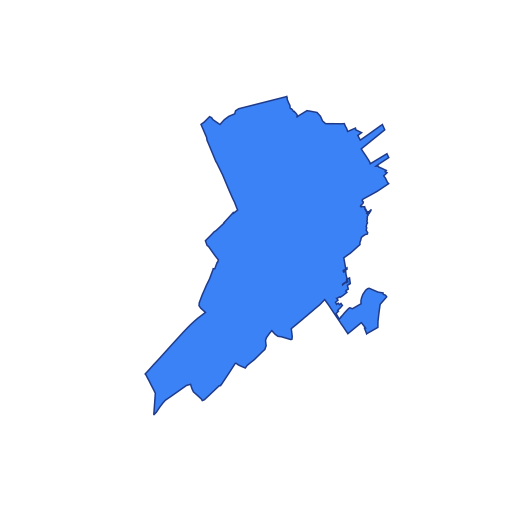 Limbaži, Limbaži, Latvia, rotated 138°
{"feature_id": "27541924B93215456258482", "entity_name": "Limbaži", "entity_type": "district", "adm_level": 2, "iso_a3": "LVA", "parent_name": "Latvia", "parent_adm1": "Limbaži", "projection": "equal_earth", "projection_center": [24.717, 57.51], "detail": "fine", "context": "isolated", "style": "filled", "palette": "blue", "viewbox_px": 512, "rotation_deg": 138, "n_neighbors": 0, "source": "geoboundaries", "source_scale": "gbopen_adm2", "svg_char_len": 5861}
<svg xmlns="http://www.w3.org/2000/svg" viewBox="0 0 512 512"><g transform="rotate(138 256 256)"><path d="M298.2,189.4L294.2,190.0L294.2,185.2L294.0,184.2L293.7,182.9L293.5,181.7L291.1,178.9L290.4,177.7L286.0,170.5L284.9,170.1L282.8,172.1L282.2,173.0L280.7,175.1L280.3,175.7L278.4,178.4L275.8,178.3L273.7,178.2L271.8,178.1L266.0,177.9L263.9,177.8L261.5,177.8L259.6,177.7L257.6,177.6L255.7,177.6L253.3,177.5L250.2,177.4L248.0,177.4L243.6,177.2L241.5,177.1L240.2,177.2L239.6,177.2L237.6,177.4L234.1,177.6L234.9,170.5L236.4,160.5L237.7,151.0L238.1,148.9L238.5,145.2L239.4,139.1L239.6,137.3L239.7,136.8L238.2,136.8L238.1,136.7L222.3,136.0L222.3,135.4L222.8,129.2L223.7,129.7L224.2,128.4L224.4,127.9L225.5,125.0L225.9,124.1L225.6,124.1L224.6,123.9L213.2,121.4L209.0,125.9L201.6,132.4L196.1,137.0L186.2,138.2L186.0,139.9L186.1,140.5L187.0,142.2L186.8,143.0L186.5,143.4L186.3,143.6L189.4,147.4L192.9,155.0L193.5,156.3L194.8,157.0L197.4,157.2L202.2,156.0L205.5,154.3L207.9,152.6L209.4,150.9L209.8,150.2L219.6,152.3L221.0,154.8L222.4,155.0L228.4,154.5L231.6,154.0L233.7,153.9L233.8,153.6L236.2,153.4L235.7,156.7L235.0,159.7L233.2,159.7L231.7,159.8L231.8,160.6L231.8,160.9L229.4,161.1L228.8,161.0L226.8,161.2L224.8,161.5L224.8,162.6L224.6,163.9L226.6,164.0L226.5,164.7L226.5,166.0L228.5,166.1L227.9,168.4L226.9,168.4L225.7,168.3L224.6,168.3L224.4,170.5L223.8,170.1L222.3,170.0L221.0,169.6L221.1,169.0L219.6,168.7L219.4,168.7L217.4,168.4L217.0,168.4L215.0,168.3L212.7,168.2L212.8,169.9L211.8,170.1L209.7,169.6L208.9,170.8L208.5,171.7L208.1,172.4L207.6,173.1L206.7,172.9L205.6,172.8L205.7,172.6L204.4,172.4L201.2,177.1L203.7,177.8L205.1,175.4L206.8,175.7L207.3,176.4L206.1,176.1L204.3,178.0L203.3,178.6L202.1,181.0L201.0,182.7L199.6,184.6L200.9,185.0L201.6,185.4L201.1,186.7L199.9,186.7L200.3,186.0L198.8,185.7L197.2,185.3L196.4,186.3L197.8,186.5L195.9,189.6L194.1,192.5L192.0,195.9L185.4,195.2L184.8,195.0L171.1,194.9L170.7,195.4L170.0,196.3L168.9,197.0L167.4,197.8L166.2,198.7L165.1,199.3L163.1,199.2L160.4,198.8L158.6,197.8L157.4,198.6L157.3,199.7L157.0,200.2L157.0,201.3L156.0,202.1L155.0,202.7L154.7,203.1L154.5,204.1L153.0,205.1L152.3,205.7L151.5,205.8L151.0,206.0L150.6,206.8L150.5,207.6L149.9,208.1L149.4,208.2L148.9,208.6L148.5,209.2L148.3,209.6L147.7,209.9L146.8,210.9L146.4,211.1L145.5,211.2L145.1,211.7L145.1,212.7L145.3,213.7L144.7,214.1L144.2,214.2L143.6,214.1L143.2,213.6L143.6,213.4L144.4,212.9L144.4,212.6L144.1,212.0L143.6,211.8L143.1,212.0L143.4,212.5L143.0,212.6L142.3,212.3L141.7,212.4L140.6,212.8L139.1,213.4L142.5,213.3L143.5,214.3L143.7,215.2L144.1,215.7L143.8,216.0L144.0,216.4L143.2,217.0L143.7,217.5L143.7,218.1L142.8,218.6L142.9,219.4L142.3,220.0L143.3,220.7L143.9,221.8L144.9,222.0L145.2,222.9L144.2,223.5L141.3,223.5L140.1,224.3L140.3,225.5L139.9,225.8L139.8,226.4L139.0,226.7L137.7,226.5L127.6,224.1L122.3,222.9L109.0,221.0L109.0,222.8L107.7,227.3L107.5,230.1L102.9,230.2L103.6,232.2L101.9,232.4L102.5,233.7L103.9,237.1L105.3,240.1L105.0,240.8L106.7,242.5L103.4,242.1L92.2,240.4L91.5,240.3L90.4,244.2L90.3,244.4L90.8,244.5L109.4,248.1L108.7,249.4L108.1,252.3L107.4,256.5L107.1,258.8L106.6,262.3L106.1,265.2L91.0,264.4L75.9,263.6L74.2,268.9L74.1,269.1L76.4,269.5L81.8,270.1L86.3,270.6L92.6,271.3L98.9,272.1L101.0,272.4L100.8,273.0L100.2,275.4L99.9,276.5L99.6,276.8L99.8,276.9L99.7,277.5L95.0,277.0L96.8,281.5L97.0,282.0L97.4,282.9L96.5,284.5L103.1,286.7L104.6,287.2L103.3,290.1L103.2,290.6L102.7,292.8L101.8,295.3L104.1,297.1L108.4,301.1L115.7,307.7L116.2,311.8L114.6,316.7L114.6,321.8L119.2,327.9L119.3,327.9L120.8,329.9L129.4,331.5L129.8,331.6L132.5,331.9L132.5,332.0L131.5,332.5L131.1,333.2L131.0,333.7L130.9,334.1L130.8,336.2L130.9,336.9L130.8,337.7L131.1,337.7L131.4,338.6L131.1,340.4L131.1,341.5L131.6,342.2L131.6,343.0L131.4,343.5L130.3,344.8L130.0,345.4L129.8,346.1L129.7,346.5L129.3,347.9L129.0,348.8L128.7,349.5L128.5,350.2L128.1,351.2L127.6,352.1L127.0,352.6L126.6,353.6L126.4,354.0L126.8,354.1L170.3,377.0L171.5,377.2L174.0,377.6L176.7,375.9L182.8,378.0L188.3,378.5L192.3,378.1L194.8,377.8L196.8,386.2L196.6,387.4L196.4,388.3L197.2,390.6L205.0,390.2L208.8,390.6L213.4,377.1L215.0,374.7L216.1,371.4L220.2,359.8L222.7,352.8L222.8,351.7L226.5,338.7L231.3,325.0L234.3,316.0L235.4,312.4L235.8,310.8L238.2,304.5L238.4,303.8L238.9,302.5L244.1,302.8L243.9,303.5L256.5,302.3L257.7,302.2L257.8,301.8L268.8,301.6L270.4,301.9L270.7,302.0L275.6,301.6L283.4,301.2L284.2,299.2L285.3,296.5L284.9,294.9L286.1,284.7L286.3,282.4L286.4,280.8L286.5,278.6L286.6,278.3L288.1,277.4L288.9,276.9L289.2,277.1L289.3,277.2L294.0,274.7L295.2,274.1L295.9,274.7L296.3,275.2L296.6,274.9L297.0,274.7L306.0,270.0L312.8,267.3L316.6,265.5L322.0,263.1L329.5,259.2L331.6,257.2L331.8,255.4L331.9,254.8L332.0,254.4L331.3,247.9L338.6,248.5L340.7,248.7L345.4,248.8L351.0,248.7L354.8,248.5L357.2,248.3L361.5,248.0L368.7,247.3L384.0,245.8L384.5,245.7L393.4,244.8L398.3,244.3L404.2,243.8L413.8,242.8L417.3,242.5L417.4,241.1L417.5,240.6L417.9,239.2L418.3,237.7L418.6,236.4L419.3,233.6L420.1,230.8L420.8,228.1L421.7,224.7L422.6,221.4L430.3,214.0L437.9,206.7L437.9,206.4L437.7,206.4L437.2,206.4L435.8,206.5L434.4,206.6L431.8,207.3L428.2,208.2L425.5,208.7L423.4,209.1L422.4,209.2L421.3,209.3L419.6,209.5L419.5,209.4L406.8,207.8L394.2,206.3L390.5,204.4L392.3,200.5L393.4,197.0L392.3,186.6L392.7,184.5L390.6,183.7L370.2,184.2L369.6,183.6L368.9,183.4L368.6,183.7L367.9,183.6L353.2,187.4L351.7,187.8L345.5,189.5L345.0,189.6L344.1,189.9L343.4,190.0L342.7,189.7L342.4,189.3L342.4,189.1L342.3,188.0L341.7,186.1L340.4,183.1L338.9,179.9L338.5,180.0L337.5,180.2L336.7,180.4L335.8,180.6L331.3,180.4L326.6,180.1L318.0,180.5L315.1,180.6L312.0,180.6L310.9,181.2L308.4,182.6L308.2,182.9L307.5,184.0L305.4,186.9L302.9,188.3L302.5,188.4L301.2,188.7L298.2,189.4ZM207.3,176.4L210.9,176.6L210.5,177.1L209.5,177.0L207.2,176.7L207.3,176.4Z" fill="#3b82f6" stroke="#1e3a8a" stroke-width="1.5"/></g></svg>